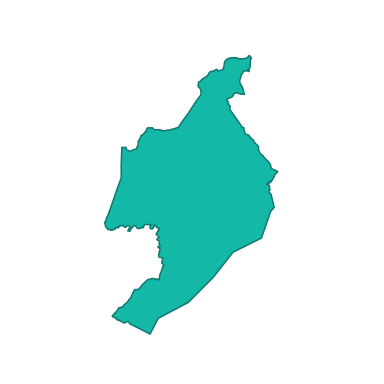 Kwahu South, Eastern, Ghana, rotated 116°
{"feature_id": "2480657B68408124911047", "entity_name": "Kwahu South", "entity_type": "district", "adm_level": 2, "iso_a3": "GHA", "parent_name": "Ghana", "parent_adm1": "Eastern", "projection": "albers", "projection_center": [-0.601, 6.627], "detail": "fine", "context": "isolated", "style": "filled", "palette": "teal", "viewbox_px": 384, "rotation_deg": 116, "n_neighbors": 0, "source": "geoboundaries", "source_scale": "gbopen_adm2", "svg_char_len": 6007}
<svg xmlns="http://www.w3.org/2000/svg" viewBox="0 0 384 384"><g transform="rotate(116 192 192)"><path d="M338.1,167.4L320.4,167.0L292.8,146.9L259.0,135.4L228.1,128.7L203.0,109.4L175.0,112.8L169.7,111.4L159.7,119.7L159.1,120.8L158.6,122.3L157.8,123.3L157.0,123.3L156.2,122.7L155.0,123.5L154.3,124.2L153.5,124.6L153.0,124.7L152.4,125.3L152.1,125.8L152.0,126.7L151.9,127.1L151.8,127.4L152.1,128.0L151.1,128.1L150.7,127.9L150.8,127.3L150.4,126.8L150.0,126.5L149.7,126.5L148.9,126.9L147.9,126.9L147.6,126.6L147.6,126.4L147.7,126.2L148.6,125.7L147.8,125.3L146.8,125.3L145.8,125.0L144.8,125.0L144.1,125.2L143.8,125.2L143.4,124.9L142.6,125.2L142.0,125.0L141.0,125.1L139.5,124.9L136.5,123.9L136.0,124.2L135.9,124.8L136.0,125.1L135.9,125.7L136.0,126.1L136.1,127.3L136.0,128.5L136.1,129.0L136.2,129.9L135.8,130.9L135.7,131.2L135.0,131.9L134.8,132.3L133.7,132.9L133.0,133.5L131.8,135.5L130.9,137.2L130.9,138.4L130.5,138.9L130.4,139.9L129.8,140.6L129.9,141.4L129.5,141.9L128.3,144.0L128.0,144.7L128.1,145.3L127.9,145.8L128.1,146.4L127.8,147.0L125.3,150.3L123.7,151.5L122.5,151.8L121.9,152.1L121.0,154.7L120.9,155.3L120.1,157.5L120.0,158.1L119.2,158.6L118.6,159.4L116.9,164.6L116.2,165.5L116.1,166.0L116.1,167.0L116.4,167.9L116.3,169.6L115.6,170.4L113.3,172.7L111.7,173.2L111.7,175.1L111.5,175.6L101.2,194.2L100.8,194.3L100.5,194.8L100.2,194.9L98.7,195.0L98.3,195.1L97.9,195.7L97.3,198.0L96.9,198.1L96.3,198.1L95.9,198.3L95.0,199.3L94.6,200.1L94.1,201.3L92.8,201.0L91.6,200.0L88.9,197.6L88.1,197.6L87.3,197.3L85.5,197.4L85.2,197.2L84.0,196.4L82.9,194.7L83.0,193.3L82.8,192.4L82.7,190.8L82.1,190.2L81.7,189.1L81.6,188.4L81.2,187.8L76.0,192.4L73.3,196.2L71.6,197.8L64.8,199.1L64.1,198.7L61.1,198.6L60.3,198.0L59.8,197.3L59.3,196.1L58.6,195.7L58.2,195.1L58.1,194.8L58.8,194.7L59.0,194.4L59.0,194.1L58.4,193.7L57.8,193.6L57.6,193.6L57.4,194.0L57.4,195.0L57.2,195.2L56.0,194.6L55.4,194.4L53.2,194.9L52.4,195.3L47.6,197.3L47.1,197.4L45.6,197.3L45.3,198.1L44.5,199.2L44.4,199.7L44.3,200.0L44.8,200.7L45.3,201.0L46.0,200.9L46.4,200.7L48.0,202.0L49.4,203.8L51.4,207.3L51.8,210.3L52.2,211.6L53.1,213.7L54.9,216.5L55.8,217.5L56.6,218.3L56.8,218.5L59.2,219.6L60.5,219.7L62.7,219.2L64.2,218.6L65.3,218.4L68.4,218.0L69.0,218.4L70.7,220.5L71.8,221.7L71.8,222.3L70.9,223.2L71.1,223.7L73.8,225.8L75.6,228.1L76.1,228.5L77.0,228.8L78.1,228.8L79.4,228.9L80.7,229.2L82.5,230.1L86.1,232.3L87.0,232.6L88.1,232.9L88.9,233.2L90.5,234.3L92.2,233.5L93.9,233.2L94.7,232.5L95.1,230.6L96.6,228.9L97.8,228.1L98.6,227.3L101.1,226.6L103.7,227.2L108.6,228.1L123.2,229.9L134.5,232.0L139.8,232.5L145.8,239.0L146.1,239.6L146.9,240.0L147.2,241.2L147.4,241.6L148.6,242.7L148.8,243.1L149.3,244.4L149.8,245.2L149.8,246.6L150.5,249.3L150.9,249.8L151.8,251.7L152.2,252.2L152.4,253.1L152.3,253.9L151.7,255.6L151.8,256.1L152.0,256.5L152.9,257.9L153.1,258.9L153.9,259.9L154.7,260.3L156.3,260.2L157.0,260.2L157.5,259.8L157.9,259.9L158.4,260.5L158.8,260.6L161.8,261.1L162.9,262.1L163.3,262.3L163.9,262.5L166.8,262.1L169.5,262.6L170.0,262.6L171.5,261.9L172.6,261.1L175.8,261.1L177.4,260.7L178.8,262.3L181.3,264.6L182.5,265.3L182.7,268.4L182.5,269.4L180.9,270.9L182.7,274.6L199.4,267.2L204.6,264.6L211.6,261.3L212.0,261.6L220.6,260.8L235.2,259.0L246.8,257.7L249.7,257.4L253.0,257.4L255.5,256.8L257.5,257.2L257.9,257.0L259.7,255.4L260.2,255.2L261.2,254.2L261.2,252.8L261.6,252.3L262.6,251.7L262.7,251.4L262.6,251.2L262.1,250.5L262.1,248.7L261.6,247.8L261.1,246.7L259.7,245.9L259.6,245.6L259.7,245.3L259.3,244.9L258.6,244.8L258.5,244.7L258.3,244.7L258.0,245.2L257.8,245.2L257.8,244.9L257.6,244.8L257.4,244.9L257.1,244.4L257.1,244.1L256.8,243.8L256.8,243.7L256.6,243.1L256.7,242.9L256.5,242.6L256.1,242.5L255.5,242.6L255.3,242.4L254.7,242.6L254.4,242.5L254.5,242.0L253.6,241.4L253.0,240.6L253.1,240.4L252.4,239.6L252.9,237.8L253.0,236.4L252.2,236.0L251.9,236.0L251.3,235.7L250.5,234.9L250.2,234.3L250.2,233.0L250.7,232.4L251.9,232.4L252.3,232.6L253.1,232.6L255.0,232.6L255.2,232.3L254.3,231.3L254.4,230.5L250.8,230.8L250.6,230.7L250.6,230.2L250.4,230.0L248.8,230.1L247.5,229.0L247.2,227.8L248.0,226.6L248.1,226.2L248.6,225.3L248.6,224.6L247.6,222.8L247.1,222.7L246.9,222.4L246.4,222.3L245.7,221.5L245.8,221.5L246.0,221.2L245.7,220.5L245.3,220.0L244.8,220.1L243.6,220.4L243.0,220.4L242.8,220.3L242.1,220.5L241.0,218.4L239.7,214.5L240.4,214.6L241.2,214.6L242.3,214.3L242.9,213.8L243.0,212.7L242.9,211.9L242.3,211.4L241.3,211.1L240.0,211.0L238.2,211.5L238.2,210.2L238.9,208.3L239.4,208.1L239.2,205.4L239.6,205.0L239.8,204.9L240.1,204.9L240.3,205.1L240.9,205.0L241.1,205.4L241.6,205.6L243.8,205.6L244.2,205.4L244.6,205.9L244.8,205.9L245.1,205.7L245.5,205.8L246.0,205.0L246.9,202.3L247.5,202.1L248.1,202.3L248.4,202.2L249.3,202.7L250.2,202.6L250.5,200.3L250.6,199.9L251.0,199.5L253.6,198.6L253.9,198.2L253.9,197.3L254.0,197.0L254.3,196.9L255.2,197.3L255.6,197.8L256.0,198.6L256.5,198.3L256.7,198.0L256.8,197.0L256.7,196.5L257.1,196.4L257.3,195.7L257.9,195.2L259.7,195.5L260.1,195.4L261.3,194.4L262.0,194.8L263.6,194.2L265.0,193.0L264.6,191.3L264.1,190.0L264.2,189.7L264.5,189.1L267.4,188.6L267.7,188.4L268.2,188.4L268.9,188.2L269.1,187.8L269.9,185.5L271.3,185.6L273.9,185.2L276.8,184.8L279.1,184.8L282.5,184.1L284.4,183.2L284.9,183.2L285.4,184.6L286.3,184.5L285.9,186.1L287.1,189.8L288.7,191.6L289.7,192.6L290.1,193.3L293.3,194.6L297.0,196.0L298.8,196.3L300.9,196.9L302.9,197.4L303.7,198.5L304.7,200.6L307.2,201.0L314.1,200.7L314.9,200.8L316.8,201.7L318.7,201.6L320.0,202.1L323.1,203.6L324.1,203.8L325.7,203.9L326.0,204.5L327.0,205.3L327.9,206.4L328.2,206.9L328.4,207.0L331.5,207.3L332.2,207.6L333.7,207.8L335.2,208.5L338.3,209.2L338.2,208.8L338.6,208.4L338.8,208.4L339.0,207.9L338.6,206.6L338.6,206.3L338.9,205.7L338.7,205.1L339.0,204.7L339.1,204.3L339.5,204.1L339.6,203.9L339.5,203.4L339.7,202.2L339.6,201.8L339.1,201.2L339.0,200.9L339.4,200.0L339.4,199.7L339.2,199.2L339.1,198.8L339.4,197.8L339.6,197.2L339.2,195.1L338.7,194.8L336.7,193.1L336.5,192.8L336.5,192.3L336.7,191.6L337.3,191.0L337.7,190.3L338.1,167.4Z" fill="#14b8a6" stroke="#0f766e" stroke-width="1.5"/></g></svg>